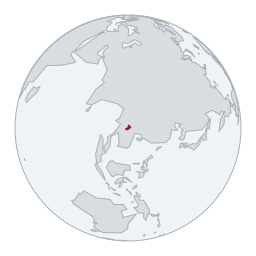 the Earth from above Xaignabouri, rotated 52°
{"feature_id": "LAO-3278", "entity_name": "Xaignabouri", "entity_type": "Province", "adm_level": 1, "iso_a3": "LAO", "parent_name": "Laos", "parent_adm1": "", "projection": "orthographic", "projection_center": [101.237, 18.696], "detail": "fine", "context": "on_globe", "style": "filled", "palette": "rose", "viewbox_px": 256, "rotation_deg": 52, "n_neighbors": 0, "source": "natural_earth", "source_scale": "10m", "svg_char_len": 10897}
<svg xmlns="http://www.w3.org/2000/svg" viewBox="0 0 256 256"><g transform="rotate(52 128 128)"><circle cx="128" cy="128" r="113" fill="#eef3f6" stroke="#a8b0b8"/><path d="M234.2,164.3L234.0,165.0L233.9,165.1L234.2,164.3ZM177.2,26.7L178.9,28.3L183.2,31.0L179.4,29.0L190.0,35.9L193.4,39.8L187.3,34.2L184.9,32.8L186.2,34.6L184.0,33.6L183.4,34.1L180.7,32.8L177.3,30.1L175.5,29.3L176.5,30.7L174.4,30.6L173.3,28.6L169.5,28.4L163.2,24.5L162.3,21.5L156.6,19.6L150.9,17.7L159.9,20.0L168.7,23.0L177.2,26.7ZM139.5,15.9L139.0,15.9L137.2,15.8L136.7,15.7L139.5,15.9ZM186.8,33.3L185.8,32.4L187.5,33.7L186.8,33.3ZM183.7,34.4L184.7,35.0L183.9,35.0L183.7,34.4ZM179.2,33.2L177.7,33.1L178.6,32.7L179.2,33.2ZM176.5,32.8L172.9,33.0L174.7,34.3L167.7,30.9L173.0,31.7L173.8,30.8L174.7,31.9L176.5,32.8ZM142.6,16.3L151.4,17.8L152.1,18.1L149.0,17.4L151.2,18.1L147.2,17.5L145.1,16.9L145.4,16.8L143.6,16.7L142.6,16.3ZM164.3,29.2L163.0,29.0L163.7,28.7L164.3,29.2ZM138.9,15.9L140.6,16.1L141.4,16.3L138.1,16.0L138.9,16.0L138.9,15.9ZM153.8,18.7L153.7,19.0L150.5,18.5L150.0,18.5L147.2,17.5L153.8,18.7ZM137.8,15.9L136.4,15.9L134.4,15.7L137.3,15.8L137.8,15.9ZM143.0,16.5L142.0,16.5L143.0,16.5ZM126.5,15.4L128.6,15.4L129.1,15.5L126.5,15.4ZM135.9,15.9L136.6,16.0L137.1,16.0L135.7,16.0L135.9,15.9ZM145.1,17.3L143.7,17.1L146.1,17.7L143.7,17.5L142.3,16.9L141.9,17.1L141.2,17.0L140.8,16.6L145.1,17.3ZM135.7,16.3L133.1,15.8L129.1,15.7L128.5,15.6L135.0,15.8L135.7,16.3ZM138.7,16.5L136.7,16.4L137.0,16.2L138.5,16.2L138.7,16.5ZM142.7,17.6L146.6,18.1L146.8,18.2L142.7,17.6ZM134.5,16.3L135.2,16.5L134.2,16.3L134.5,16.3ZM140.1,17.2L141.5,17.3L140.1,17.2ZM135.4,16.8L134.5,16.5L135.5,16.5L135.4,16.8ZM137.5,17.0L137.4,17.2L136.4,16.6L138.1,17.0L137.5,17.0ZM140.0,17.3L140.6,17.4L139.4,17.3L140.0,17.3ZM132.0,17.2L130.6,16.5L132.8,16.3L133.9,17.0L132.0,17.2ZM38.7,59.4L38.4,59.7L38.5,62.4L37.9,63.9L34.4,68.2L31.6,78.5L34.9,75.6L35.9,82.7L38.8,85.0L46.0,76.5L41.3,72.5L44.0,67.4L50.6,66.7L55.2,70.9L56.4,69.1L56.4,63.2L60.4,61.1L56.7,60.9L56.0,63.2L53.7,63.3L54.2,61.3L55.6,60.6L55.0,58.8L48.4,63.3L47.0,66.1L43.7,64.5L41.0,69.2L39.1,70.3L42.9,63.0L44.8,60.9L49.4,52.4L47.1,54.4L42.6,62.7L42.7,61.5L39.5,64.7L42.0,61.4L47.5,52.3L46.5,51.4L40.1,57.6L40.3,57.4L50.4,46.4L49.0,48.2L51.6,45.8L56.5,41.4L55.4,42.6L57.2,41.2L56.9,42.1L60.8,40.2L61.1,41.0L66.9,37.5L67.9,37.6L64.2,39.5L61.8,41.6L63.2,44.3L64.7,44.0L68.3,41.6L68.2,42.9L71.6,40.2L74.4,41.1L73.8,38.0L78.0,35.7L82.0,34.9L83.3,33.7L76.8,35.0L74.3,36.1L72.3,37.9L65.4,41.1L64.0,40.8L70.8,35.8L69.6,35.1L75.4,32.0L89.5,29.6L93.2,30.4L90.5,36.3L87.2,37.2L86.6,35.4L83.3,39.1L85.4,37.8L85.4,39.1L89.4,37.6L89.6,38.4L93.2,35.7L93.8,36.6L91.5,38.3L98.0,37.3L100.5,38.9L101.9,38.3L102.7,37.3L105.3,40.3L106.2,39.8L105.7,38.6L107.2,36.8L110.9,34.9L111.6,36.1L110.4,36.9L108.8,40.6L105.4,42.9L106.1,43.2L109.2,41.5L111.1,37.0L113.1,35.6L112.7,37.6L113.0,36.8L114.2,36.4L116.1,37.3L116.8,35.1L129.3,31.4L134.1,33.1L132.4,35.1L141.8,34.9L146.6,37.5L146.1,36.3L150.3,35.8L148.9,34.9L149.0,34.3L159.2,33.5L162.2,34.5L166.0,33.4L165.8,32.9L163.9,32.0L167.7,30.9L174.7,34.3L174.9,35.3L179.2,37.0L179.0,39.3L180.8,42.2L178.1,44.1L179.7,46.6L181.2,47.0L184.6,50.9L186.4,57.9L178.4,50.2L174.4,40.8L175.4,44.3L173.2,43.0L172.4,44.1L173.3,46.8L174.6,47.3L166.0,50.5L164.3,58.2L169.2,58.0L172.5,60.6L174.8,70.8L166.4,84.6L170.7,89.6L171.1,92.8L167.6,94.7L167.0,90.0L163.3,88.2L163.4,85.5L157.7,87.4L157.7,83.6L153.2,87.3L155.2,90.4L160.2,89.9L156.4,95.1L161.8,100.7L162.7,107.3L154.3,118.9L145.4,122.2L144.9,124.3L141.3,121.8L136.6,125.8L143.4,138.0L143.3,141.4L135.6,147.7L135.4,145.1L125.8,138.4L124.1,146.5L131.4,153.7L133.9,161.6L128.3,158.9L125.8,151.9L122.4,149.3L123.2,142.2L120.3,131.4L114.7,133.0L115.1,128.7L110.3,119.5L102.2,121.5L89.3,131.2L87.6,141.9L83.2,146.0L77.7,129.3L77.8,118.7L74.2,119.0L69.8,108.9L57.7,105.1L57.4,102.1L54.8,102.7L52.0,98.8L52.2,94.0L49.8,93.4L49.8,106.0L52.5,106.8L56.8,103.5L56.1,107.7L59.0,112.5L50.7,120.4L35.0,123.5L36.0,115.2L36.8,90.5L38.1,88.4L38.2,88.1L38.4,87.6L35.9,90.8L36.9,86.2L33.8,102.5L32.3,109.1L34.8,123.8L33.9,124.8L35.5,128.2L43.5,128.4L43.0,131.0L37.7,141.6L28.8,153.6L31.4,165.3L33.2,174.3L30.8,177.7L34.2,185.1L33.5,186.2L35.6,190.1L36.7,193.1L37.6,195.1L37.1,194.5L32.6,187.9L28.5,180.9L25.0,173.6L22.0,166.2L19.6,158.5L17.7,150.7L16.3,142.7L15.6,134.7L15.4,126.7L15.7,118.6L16.7,110.7L18.2,102.7L20.3,95.0L22.9,87.4L26.1,80.0L29.8,72.8L34.0,65.9L38.7,59.4ZM57.6,80.5L62.0,83.0L64.4,76.3L66.3,76.8L66.4,74.5L64.5,75.9L65.4,69.8L68.9,69.2L70.6,66.6L69.2,65.7L62.7,68.0L61.3,76.5L58.5,78.3L57.6,80.5ZM67.0,33.8L65.5,35.0L63.5,36.2L63.1,36.1L66.0,34.2L67.0,33.8ZM63.8,36.5L70.6,32.1L71.2,32.3L69.7,32.8L69.4,33.4L66.9,34.6L60.7,39.5L58.6,40.9L59.0,39.3L60.1,38.9L61.5,37.6L63.8,36.5ZM87.2,23.3L90.2,22.2L87.5,23.9L85.0,24.8L84.4,24.5L87.0,23.3L87.2,23.3ZM134.6,15.6L134.8,15.6L133.3,15.6L131.9,15.5L132.1,15.5L130.0,15.5L129.2,15.4L127.5,15.4L123.9,15.4L134.6,15.6ZM109.9,16.8L111.9,16.5L112.0,16.5L112.7,16.4L110.8,16.7L114.2,16.3L114.3,16.3L118.3,16.2L123.2,15.9L124.8,16.0L122.9,16.2L125.8,16.2L123.3,16.7L124.4,16.8L123.1,17.6L118.8,18.1L120.3,18.3L119.4,19.1L115.9,19.7L116.8,18.9L112.4,20.4L111.6,19.7L111.1,19.9L109.2,19.7L106.0,20.0L106.1,19.7L104.8,20.0L103.5,20.0L101.8,20.3L101.4,19.9L99.3,20.3L100.4,19.9L96.7,20.8L99.3,20.0L97.8,20.1L96.1,20.9L98.3,19.3L109.9,16.8ZM131.5,17.4L126.6,17.8L123.8,17.8L127.3,16.5L126.7,16.3L128.8,15.8L132.9,16.0L131.9,16.1L130.6,16.1L131.6,16.3L130.3,16.5L130.7,16.8L129.0,16.8L131.5,17.4ZM39.4,62.8L39.4,63.5L39.8,64.1L37.8,66.3L39.4,62.8ZM43.0,56.6L43.3,56.7L40.7,59.8L40.8,59.2L43.0,56.6ZM45.7,54.4L43.5,56.5L44.7,55.0L45.7,54.4ZM64.7,39.7L65.2,39.8L64.4,40.5L63.1,41.1L64.7,39.7ZM102.4,25.0L103.4,24.2L104.1,24.2L107.8,22.9L108.6,23.5L106.8,24.5L102.4,25.0ZM44.0,77.4L41.8,78.5L42.0,77.2L42.7,77.1L44.0,77.4ZM38.7,72.1L38.9,74.4L38.2,72.6L38.7,72.1ZM104.0,25.4L105.4,24.8L105.0,25.5L104.0,25.4ZM109.5,23.9L109.3,24.6L109.2,23.5L109.5,23.9ZM88.2,228.2L90.5,229.4L88.9,229.1L88.2,228.2ZM43.8,178.1L45.2,192.2L42.2,190.8L39.5,185.8L37.5,176.8L40.3,175.7L41.1,172.0L43.8,178.1ZM161.8,179.6L165.1,180.0L165.0,180.5L161.8,179.6ZM158.4,178.0L162.2,178.1L157.7,179.1L158.4,178.0ZM163.7,178.1L167.5,177.1L169.2,176.2L168.8,177.3L163.7,178.1ZM155.8,178.1L141.7,177.9L136.1,176.5L137.4,174.7L146.5,175.4L155.8,178.1ZM136.9,174.7L128.3,169.3L116.4,153.6L120.7,154.1L133.1,163.9L132.3,165.4L137.6,169.6L136.9,174.7ZM157.8,165.6L156.9,170.3L149.1,169.9L145.6,169.1L143.1,163.0L144.5,160.0L147.4,160.1L158.6,149.6L162.6,152.1L159.1,156.6L162.4,160.7L157.8,165.6ZM88.1,143.0L90.5,149.8L88.1,150.5L88.1,143.0ZM163.0,142.1L158.6,146.8L162.6,140.6L163.0,142.1ZM165.4,136.2L165.7,138.6L163.8,136.3L165.4,136.2ZM144.9,127.6L141.8,128.1L141.7,126.4L145.6,124.8L144.9,127.6ZM163.3,113.0L163.4,118.0L162.9,119.6L161.4,116.7L163.3,113.0ZM113.4,31.6L107.3,32.4L103.5,33.9L102.3,35.9L101.4,33.7L107.3,31.4L113.4,31.6ZM127.3,31.2L128.3,29.8L129.6,30.4L129.5,30.8L127.3,31.2ZM126.7,30.4L124.7,28.8L126.4,28.0L127.6,29.4L126.7,30.4ZM114.1,26.5L112.3,26.6L112.7,26.0L114.1,26.5ZM202.0,212.9L201.4,213.5L198.9,215.4L208.4,206.9L202.0,212.9ZM185.5,220.1L186.8,217.4L190.3,216.4L187.7,219.1L185.5,220.1ZM210.0,205.2L210.9,204.2L213.8,200.9L216.2,197.7L214.3,200.4L214.5,200.2L210.0,205.2ZM176.2,210.4L154.6,217.6L150.2,217.0L152.0,214.4L149.2,206.7L150.7,206.8L150.5,201.4L163.6,196.0L173.2,186.1L179.7,186.2L185.1,178.9L191.6,178.8L189.3,184.4L195.5,187.2L201.0,174.4L203.5,186.7L207.2,190.3L206.6,197.7L195.3,211.7L190.0,215.0L189.5,214.1L187.2,215.7L184.3,215.7L183.9,212.1L181.5,213.6L184.4,210.3L180.7,213.4L179.7,211.0L176.2,210.4ZM222.1,180.2L222.7,180.2L223.2,181.9L222.3,182.0L222.1,180.2ZM232.5,168.0L232.4,168.8L231.9,169.5L232.5,168.0ZM233.9,165.1L233.3,166.1L234.2,164.3L233.9,165.1ZM227.0,171.4L227.1,172.0L226.8,172.4L227.0,171.4ZM226.7,171.2L227.3,169.8L227.1,171.1L226.7,171.2ZM224.3,165.5L224.8,164.7L224.9,165.1L224.3,165.5ZM169.9,179.9L174.6,176.1L177.0,175.7L169.9,179.9ZM223.7,164.3L222.6,164.5L222.8,163.8L223.7,164.3ZM223.9,162.6L223.9,161.7L224.4,163.8L223.9,162.6ZM221.8,161.0L223.2,162.4L221.6,161.3L221.8,161.0ZM220.9,161.5L219.9,161.0L220.0,160.7L220.9,161.5ZM208.1,165.5L212.1,170.7L208.7,171.2L204.9,168.1L201.5,172.0L194.1,172.4L195.9,170.0L195.0,166.9L187.1,166.3L185.5,164.2L188.4,162.6L183.1,161.2L188.9,159.8L191.2,164.1L194.5,160.3L200.0,160.6L205.1,161.4L209.1,164.1L208.1,165.5ZM188.8,169.6L189.8,169.5L188.9,170.9L188.8,169.6ZM217.9,159.1L219.4,160.8L219.2,161.4L218.5,161.3L217.9,159.1ZM210.1,163.1L214.4,158.8L215.4,158.6L212.5,163.3L210.1,163.1ZM213.5,156.6L215.4,156.7L216.4,158.6L216.0,159.2L213.5,156.6ZM176.9,166.3L176.6,167.5L175.1,166.7L176.9,166.3ZM178.9,165.5L183.5,166.5L178.5,166.5L178.9,165.5ZM164.6,161.7L166.0,164.6L170.4,162.6L167.0,165.4L169.9,170.1L168.9,171.9L166.0,166.8L164.9,172.2L162.9,172.2L161.9,167.6L163.9,161.9L165.9,159.6L173.8,158.3L164.6,161.7ZM178.9,161.9L177.7,158.5L178.6,156.2L179.9,157.9L178.9,161.9ZM173.9,150.4L170.5,146.5L167.5,148.2L173.5,142.4L175.8,147.0L173.9,150.4ZM170.9,141.7L168.0,143.2L170.9,139.9L170.9,141.7ZM167.3,141.9L166.9,139.1L169.1,139.4L167.3,141.9ZM172.3,141.8L172.7,137.0L173.9,139.8L172.3,141.8ZM165.7,132.9L170.7,137.3L164.3,135.5L163.6,126.4L166.3,126.2L165.7,132.9ZM177.9,96.2L177.0,93.7L179.3,93.1L179.3,94.9L177.9,96.2ZM186.0,89.5L179.6,92.1L174.4,94.5L176.2,95.6L175.5,99.9L172.4,96.0L175.8,91.3L179.8,90.2L180.0,86.7L182.7,84.3L181.4,80.0L182.5,78.2L184.9,81.8L186.0,89.5ZM180.7,78.3L179.5,71.0L184.0,71.9L185.3,73.7L184.0,76.6L181.6,75.9L180.7,78.3ZM180.5,69.6L178.2,69.0L171.7,58.9L171.4,57.1L178.8,64.7L177.1,64.6L177.9,67.1L180.5,69.6ZM163.6,29.6L163.0,29.0L164.3,29.5L163.6,29.6ZM148.1,33.8L148.5,33.1L149.9,33.6L148.1,33.8ZM150.2,31.4L148.3,31.4L150.0,30.9L150.2,31.4ZM144.2,31.6L147.5,31.2L144.7,32.3L144.2,31.6Z" fill="#d9dde1" stroke="#a8b0b8" stroke-width="1"/><path d="M126.4,126.0L126.4,125.9L126.5,125.8L126.8,125.8L127.0,125.8L127.1,125.7L127.4,125.7L127.5,125.7L127.6,125.8L127.6,125.7L127.8,125.7L128.0,125.8L128.6,125.8L128.7,125.7L128.8,125.7L129.0,125.7L129.0,125.8L128.9,125.9L128.9,126.1L129.0,126.1L129.1,126.5L129.1,126.8L129.1,127.0L129.1,127.3L129.1,127.5L129.2,127.8L129.1,128.0L129.0,128.3L128.9,128.4L128.8,128.5L128.8,128.4L128.8,128.5L128.7,128.5L128.5,128.8L128.4,128.8L128.3,129.0L128.4,129.3L128.4,129.5L128.5,129.6L128.6,129.8L128.4,129.9L128.3,130.0L128.2,130.0L127.9,130.3L127.7,130.4L127.4,130.2L127.5,130.0L127.5,129.9L127.5,129.7L127.7,129.4L127.8,129.3L127.9,129.2L127.8,128.9L127.8,128.7L127.7,128.7L127.7,128.4L127.8,128.3L127.9,128.2L128.0,128.1L127.9,127.9L128.0,127.8L128.0,127.7L128.1,127.4L128.1,127.2L127.9,126.8L128.0,126.8L127.9,126.7L128.0,126.5L128.0,126.4L127.9,126.2L127.9,126.3L127.7,126.3L127.6,126.2L127.3,126.2L127.3,126.3L127.2,126.3L127.1,126.5L127.1,126.4L126.9,126.3L126.7,126.4L126.6,126.2L126.4,126.0Z" fill="#f43f5e" stroke="#9f1239" stroke-width="1.5"/></g></svg>